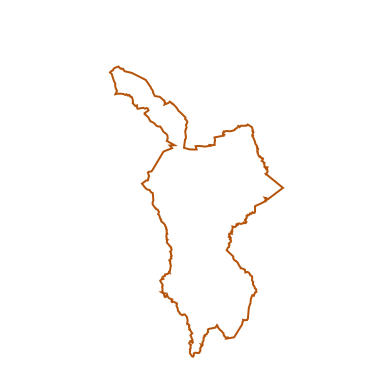 Tocumbo, Michoacán, Mexico (Equal Earth projection), rotated 329°
{"feature_id": "50627088B68664204293005", "entity_name": "Tocumbo", "entity_type": "district", "adm_level": 2, "iso_a3": "MEX", "parent_name": "Mexico", "parent_adm1": "Michoacán", "projection": "equal_earth", "projection_center": [-102.6, 19.678], "detail": "fine", "context": "isolated", "style": "outline", "palette": "amber", "viewbox_px": 384, "rotation_deg": 329, "n_neighbors": 0, "source": "geoboundaries", "source_scale": "gbopen_adm2", "svg_char_len": 6112}
<svg xmlns="http://www.w3.org/2000/svg" viewBox="0 0 384 384"><g transform="rotate(329 192 192)"><path d="M196.6,306.5L196.8,304.7L196.6,302.9L197.9,300.5L198.1,300.5L197.9,298.7L199.9,295.8L199.9,294.6L199.3,293.9L199.0,292.7L199.4,291.8L198.9,289.9L198.3,289.0L196.3,288.5L197.3,285.7L195.5,283.3L194.4,282.4L194.8,281.5L194.5,280.0L194.7,276.0L194.3,274.0L193.8,273.5L193.1,271.2L193.2,269.9L193.9,269.3L194.1,268.3L191.7,259.8L193.9,258.3L195.4,258.2L195.7,257.4L196.8,256.8L196.9,255.2L199.7,254.7L199.6,254.3L200.6,253.3L200.1,251.9L200.5,251.5L201.6,251.4L201.7,250.4L200.7,250.0L200.4,249.4L201.7,248.7L201.9,247.3L202.6,246.9L204.5,248.2L204.5,247.1L204.8,246.8L205.4,247.3L205.8,247.0L205.6,246.2L206.3,246.4L207.0,245.0L208.3,243.9L208.9,242.4L210.8,244.2L212.0,244.0L213.4,242.7L213.8,243.8L214.6,243.7L215.1,242.9L215.6,242.8L217.5,244.6L219.3,245.1L220.6,244.7L220.9,245.7L221.9,246.3L223.3,245.6L222.9,244.0L223.1,243.1L223.9,243.3L224.4,242.7L225.2,242.7L226.6,240.5L227.4,241.0L228.0,240.3L229.5,241.1L230.9,240.3L231.3,241.1L232.1,241.2L233.4,240.5L234.0,241.7L235.1,242.0L236.2,240.9L238.7,236.6L245.9,237.4L249.2,237.5L250.4,237.0L250.5,237.8L251.7,237.3L251.4,234.4L252.6,235.4L253.1,237.3L272.1,235.3L265.0,215.5L264.5,215.2L264.5,214.3L265.4,214.6L267.3,213.5L268.6,210.0L269.3,209.7L268.7,209.2L267.4,210.1L267.4,208.3L267.0,208.0L267.4,207.1L267.8,207.0L268.4,204.5L269.1,204.4L268.4,202.5L268.5,202.0L267.9,201.3L268.6,201.1L269.2,200.0L269.6,200.3L270.1,199.9L269.2,198.9L269.1,198.1L268.4,197.4L268.8,196.9L268.7,196.4L267.8,195.9L268.2,192.7L268.7,192.3L269.2,191.1L268.8,190.9L269.5,189.8L270.3,189.5L270.1,188.5L270.5,187.9L270.8,188.1L270.7,186.7L271.4,186.3L271.2,183.2L271.9,181.2L272.6,176.8L272.5,175.1L273.3,175.0L273.1,174.2L275.5,172.3L275.1,171.6L275.2,170.8L275.8,170.8L276.8,167.4L274.6,162.9L273.3,163.2L272.9,162.7L272.1,162.9L268.1,160.4L266.5,160.8L266.6,160.2L265.7,159.2L265.2,159.7L263.8,160.2L261.3,160.3L260.8,160.8L259.1,160.6L255.6,159.5L254.2,158.2L250.3,156.4L249.9,156.8L250.0,157.3L248.8,157.5L248.7,158.6L249.0,159.3L248.3,159.1L248.1,160.0L239.4,156.8L238.2,159.9L236.9,161.1L235.7,163.3L233.1,162.1L232.0,162.1L232.1,161.2L231.1,160.6L230.7,161.4L226.7,159.9L221.9,156.2L218.7,154.6L217.9,157.9L216.8,157.4L211.7,154.1L207.9,150.0L213.1,143.4L214.2,143.0L214.8,142.3L217.6,136.2L218.9,135.4L219.2,134.7L220.5,134.1L221.4,131.4L223.4,130.2L224.2,129.2L224.3,128.0L223.7,125.8L224.8,124.9L223.0,117.6L222.3,115.8L222.2,112.3L221.9,110.1L220.9,106.2L220.5,106.2L219.6,103.1L217.7,103.5L213.5,102.9L215.0,101.6L215.1,100.8L214.9,100.4L215.4,99.2L215.0,98.9L213.4,93.9L209.6,90.6L209.7,87.9L209.8,86.8L210.3,86.1L210.6,84.1L210.3,82.8L210.6,80.8L210.1,72.2L201.8,59.0L196.4,53.7L196.3,51.0L195.5,50.8L195.3,49.9L194.2,49.5L193.6,46.6L189.4,45.8L188.1,46.1L187.1,47.0L184.5,46.8L183.2,47.4L184.0,49.2L182.4,56.1L182.0,59.8L181.2,60.8L180.1,63.4L179.8,66.7L176.8,68.7L178.4,69.2L181.5,71.0L183.6,72.6L184.9,74.5L186.1,74.5L186.2,75.2L187.1,76.0L187.0,76.5L188.3,76.6L188.3,78.8L189.2,79.2L189.3,79.6L188.8,82.2L187.5,85.0L186.9,85.4L187.8,89.2L189.4,89.5L188.7,90.5L188.2,92.6L193.7,94.8L194.6,96.3L196.5,96.8L197.1,97.8L196.7,99.7L192.0,100.0L192.0,100.9L191.6,101.0L193.0,105.4L192.7,109.7L194.6,112.6L195.4,114.9L195.4,116.4L196.6,118.3L199.1,120.0L198.6,119.9L198.6,125.8L199.9,129.0L200.0,131.1L198.5,133.9L196.7,135.2L201.1,142.9L196.9,140.7L197.5,144.2L188.8,142.7L187.8,143.0L169.1,153.0L167.7,153.4L165.2,152.4L164.2,152.6L163.4,156.2L161.1,158.2L160.7,159.1L159.9,159.3L158.7,158.5L153.4,159.1L154.2,165.1L155.2,167.1L156.7,168.5L156.7,170.4L157.1,171.7L157.8,172.7L154.5,179.4L152.9,180.5L151.9,182.5L152.2,186.7L152.6,187.2L152.4,188.0L153.3,189.2L153.6,190.6L153.2,192.3L151.6,193.5L151.9,195.1L151.0,198.7L151.4,199.6L150.6,200.9L150.6,201.7L151.1,202.3L151.1,203.2L151.6,204.0L151.9,206.4L151.4,207.8L151.7,209.1L150.7,210.1L151.0,211.4L149.8,212.9L149.2,215.0L148.8,214.7L147.0,216.9L147.0,217.7L146.0,219.1L146.5,220.4L145.6,220.6L144.4,222.5L145.2,226.3L145.0,226.7L145.6,228.5L145.2,228.9L145.0,230.7L143.4,232.0L142.5,231.9L142.5,234.0L141.8,234.5L141.7,236.3L140.7,236.4L140.1,238.4L139.1,238.3L138.3,239.1L137.5,238.8L137.2,239.1L137.5,240.7L136.6,241.7L136.6,242.5L136.1,243.0L136.1,244.0L132.6,248.1L132.1,248.6L131.3,248.5L131.1,250.0L130.4,249.3L128.9,249.7L126.5,248.8L125.9,249.8L125.3,250.1L124.1,249.6L122.7,249.9L122.4,250.2L122.7,251.7L121.8,251.6L121.3,251.1L119.1,251.6L118.9,257.0L117.4,258.0L117.3,259.0L116.0,261.0L115.4,262.7L114.2,262.1L115.0,263.8L116.6,265.0L115.4,265.3L115.1,265.8L114.6,267.3L114.8,268.3L115.1,268.5L117.8,267.1L117.3,269.2L117.6,271.2L119.8,274.0L119.3,274.6L118.2,274.9L118.2,275.8L118.3,276.2L119.2,276.2L120.2,277.3L121.7,279.7L121.6,280.1L120.1,281.3L119.8,284.2L118.9,286.3L118.9,287.6L119.3,288.9L118.9,289.6L119.2,290.9L120.4,292.7L121.9,292.7L122.8,293.3L123.3,296.7L122.8,297.6L122.3,299.6L119.9,302.5L119.9,302.9L120.8,303.4L121.1,304.6L121.0,305.1L120.4,305.4L119.7,306.5L119.6,308.4L118.9,308.4L119.3,310.6L119.4,313.3L117.7,313.6L116.7,314.3L116.9,315.4L116.4,316.9L116.3,318.9L115.7,319.5L115.4,321.2L114.7,321.5L114.5,320.8L114.8,319.5L113.8,318.9L111.7,320.1L111.6,320.6L112.3,322.6L111.5,323.1L110.2,325.5L109.2,325.7L108.6,327.1L107.6,328.4L107.2,329.2L107.4,332.2L107.6,333.3L108.3,333.7L109.2,333.2L110.4,331.3L111.8,331.3L114.8,333.5L115.8,333.4L116.5,332.5L117.3,332.5L117.8,331.9L118.4,330.2L119.1,330.1L120.0,329.0L120.6,329.3L121.6,328.9L121.4,327.5L122.4,328.4L123.7,326.1L125.0,325.5L126.2,324.1L126.9,322.7L128.0,322.5L128.5,321.6L129.2,322.0L129.7,321.2L131.3,321.5L132.9,320.5L133.6,320.4L134.6,318.4L135.4,317.9L142.3,320.3L144.8,319.0L144.9,320.3L144.6,321.5L145.0,324.8L145.7,326.1L145.8,327.7L146.3,329.1L145.5,330.8L145.8,331.8L145.4,332.4L145.9,334.1L147.2,334.8L146.0,335.4L153.1,338.2L153.7,338.0L166.8,331.3L168.5,329.3L169.6,328.8L170.0,327.9L171.3,329.1L173.4,330.1L174.8,329.2L181.1,320.5L185.0,317.2L187.4,313.9L190.6,311.5L191.6,312.8L194.2,310.6L195.7,310.8L196.9,308.4L196.3,306.9L196.6,306.5Z" fill="none" stroke="#b45309" stroke-width="2"/></g></svg>